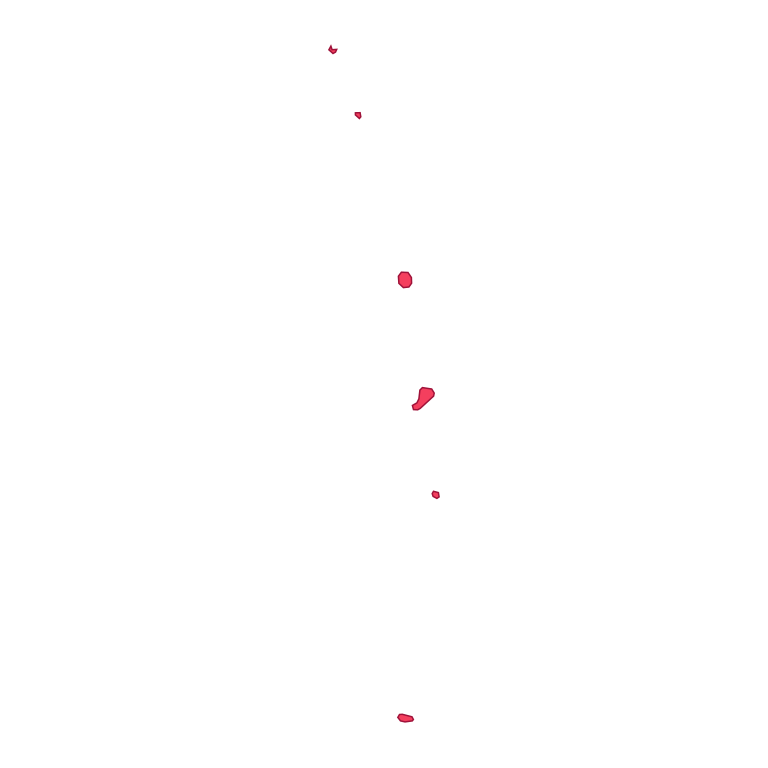 the border of Northern Islands
{"feature_id": "MNP-4940", "entity_name": "Northern Islands", "entity_type": "state/province", "adm_level": 1, "iso_a3": "MNP", "parent_name": "Northern Mariana Islands", "parent_adm1": "", "projection": "albers", "projection_center": [145.557, 18.447], "detail": "coarse", "context": "isolated", "style": "filled", "palette": "rose", "viewbox_px": 768, "rotation_deg": 0, "n_neighbors": 0, "source": "natural_earth", "source_scale": "10m", "svg_char_len": 730}
<svg xmlns="http://www.w3.org/2000/svg" viewBox="0 0 768 768"><path d="M422.4,387.6L431.7,389.0L434.2,393.1L433.6,396.1L420.2,408.4L417.7,409.8L413.5,409.6L412.4,405.4L416.9,402.9L418.9,398.8L419.9,390.1L422.4,387.6ZM403.4,287.6L398.9,283.4L398.4,276.2L401.4,272.2L408.0,272.5L411.4,277.5L411.6,283.2L408.9,287.0L403.4,287.6ZM412.0,716.8L413.4,719.5L412.3,720.9L405.0,721.9L400.5,720.9L397.8,717.4L399.5,714.5L402.3,714.3L412.0,716.8ZM436.9,498.4L433.1,496.4L432.2,493.6L433.5,491.3L438.4,492.6L439.1,496.9L436.9,498.4ZM333.0,53.5L328.9,49.8L330.9,46.1L332.1,49.7L336.7,49.4L335.5,52.1L333.0,53.5ZM359.4,118.5L355.4,114.9L355.4,112.8L360.1,112.7L360.8,116.8L359.4,118.5Z" fill="#f43f5e" stroke="#9f1239" stroke-width="1.5"/></svg>